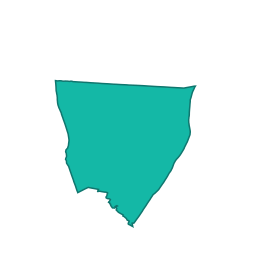 Al-Najaf, An-Najaf, Iraq (Albers equal-area conic projection), rotated 143°
{"feature_id": "34846034B29737598200853", "entity_name": "Al-Najaf", "entity_type": "district", "adm_level": 2, "iso_a3": "IRQ", "parent_name": "Iraq", "parent_adm1": "An-Najaf", "projection": "albers", "projection_center": [43.801, 31.101], "detail": "fine", "context": "isolated", "style": "filled", "palette": "teal", "viewbox_px": 256, "rotation_deg": 143, "n_neighbors": 0, "source": "geoboundaries", "source_scale": "gbopen_adm2", "svg_char_len": 4569}
<svg xmlns="http://www.w3.org/2000/svg" viewBox="0 0 256 256"><g transform="rotate(143 128 128)"><path d="M190.4,95.5L188.7,94.6L187.3,93.0L185.3,90.9L184.5,90.3L184.1,89.8L183.3,88.7L183.5,88.5L183.8,87.9L184.5,87.8L184.8,87.3L185.3,86.8L186.4,86.3L186.9,86.2L187.5,85.5L187.0,84.1L186.0,83.1L185.6,82.8L185.1,81.5L185.7,81.1L186.9,80.7L188.0,80.5L188.3,80.3L187.7,79.3L188.1,78.4L187.8,77.6L188.3,76.9L188.5,75.7L188.5,74.5L188.5,73.5L187.9,73.1L187.1,72.2L186.5,72.1L185.8,72.3L185.6,73.0L185.1,72.8L184.2,72.9L183.6,72.7L183.4,72.1L184.0,72.2L184.5,72.5L185.0,72.3L185.3,71.5L185.5,70.3L185.9,70.0L186.5,69.9L186.8,69.5L186.5,67.8L186.4,66.5L185.8,65.1L185.2,63.7L184.7,62.7L184.2,61.4L184.5,61.2L185.0,60.8L184.9,60.6L184.7,60.2L184.5,59.7L184.3,59.3L184.2,58.6L184.1,58.1L183.9,57.2L183.8,56.9L183.8,56.5L183.9,56.1L184.0,55.5L184.1,54.8L184.0,54.6L183.7,54.3L183.5,53.9L183.3,53.7L183.2,53.2L183.1,52.8L183.2,52.7L183.3,52.7L183.6,52.6L183.9,52.4L184.1,52.4L184.3,52.2L184.6,52.1L185.1,51.8L185.4,51.5L185.5,51.2L185.6,50.9L185.4,50.5L185.2,50.1L184.9,49.6L184.6,48.9L184.3,48.2L183.9,47.3L183.7,46.9L183.5,46.5L183.4,46.8L183.1,47.2L182.8,47.9L182.6,48.3L182.4,48.8L182.2,49.1L182.1,49.3L182.0,49.5L181.8,49.4L181.4,49.1L181.0,48.8L180.8,48.6L180.5,48.5L180.2,48.6L179.8,48.7L178.8,49.0L178.2,49.2L176.0,49.9L172.6,50.9L171.4,51.3L170.8,51.5L170.6,51.6L169.1,52.1L166.5,53.0L165.8,53.3L164.9,53.7L163.7,54.1L162.2,54.6L160.4,55.2L157.8,56.2L155.5,57.0L153.6,57.6L151.9,58.3L149.6,59.1L148.7,59.4L148.2,59.7L147.8,59.7L147.2,59.7L145.8,59.7L144.2,59.9L143.2,60.0L141.8,60.2L140.9,60.3L139.8,60.6L138.8,61.0L137.0,61.6L135.2,62.2L134.1,62.6L132.6,63.0L131.3,63.5L129.3,64.3L127.6,64.9L125.6,65.7L124.5,66.2L124.3,66.3L123.4,66.7L122.3,67.2L120.8,67.6L120.1,67.9L119.4,68.0L118.5,68.6L117.3,69.1L116.1,69.8L114.6,70.8L113.1,71.8L112.2,72.3L111.0,72.8L109.9,73.3L108.9,73.6L107.3,74.0L106.0,74.2L104.3,74.6L102.8,75.0L101.7,75.4L100.6,75.8L98.1,76.8L96.9,77.3L95.5,77.9L94.3,78.7L93.0,79.3L91.6,80.0L90.7,80.5L89.5,81.0L87.8,82.0L85.6,83.4L83.7,84.6L82.6,85.3L82.0,85.9L81.6,86.4L80.9,87.1L80.5,87.6L79.8,88.8L79.2,90.0L78.3,91.8L77.7,93.1L76.7,94.8L76.4,95.5L75.5,96.8L74.8,97.8L74.5,98.2L73.6,99.1L72.8,100.0L71.9,100.8L70.6,102.3L70.1,103.0L68.9,104.4L67.5,106.0L65.6,108.1L64.3,109.6L62.1,112.0L61.5,112.9L60.4,113.7L59.1,114.6L57.1,116.2L55.7,117.3L54.5,118.1L52.0,119.4L50.3,120.4L49.0,120.9L50.0,121.6L52.5,122.8L57.8,125.5L59.3,126.2L59.9,126.7L61.3,127.9L64.4,130.5L66.5,132.3L69.5,134.8L74.1,138.8L77.0,141.2L80.0,143.7L82.0,145.4L87.6,150.2L90.7,152.9L94.9,156.4L101.6,161.9L103.5,163.6L107.5,166.9L111.6,170.4L113.0,171.5L115.5,173.7L117.7,175.6L120.1,177.6L122.0,179.2L124.9,181.8L127.4,183.9L128.2,184.6L130.0,186.1L131.8,187.7L133.5,189.2L135.7,191.0L137.3,192.4L138.7,193.6L140.5,195.1L142.8,197.1L144.0,198.1L144.3,198.6L144.6,199.0L145.1,199.5L145.6,199.9L146.0,200.0L146.6,200.4L146.9,200.6L147.5,201.2L148.0,201.7L148.8,202.3L149.3,202.8L150.0,203.3L150.8,203.8L151.3,204.2L151.7,204.4L152.1,204.9L152.7,205.6L153.2,206.1L153.7,206.5L154.3,207.0L155.0,207.4L155.6,207.8L156.1,208.1L156.3,208.3L156.8,208.9L157.4,209.5L157.6,209.2L158.1,208.4L158.5,207.7L158.8,207.2L159.1,206.7L159.7,205.8L160.4,204.7L161.0,203.8L161.7,202.8L162.6,201.5L163.0,200.9L163.2,200.5L163.4,200.0L163.8,199.2L164.2,198.5L164.7,197.4L165.2,196.4L165.8,195.5L166.0,195.1L166.3,194.6L166.8,194.0L167.6,192.9L168.1,192.0L168.7,191.1L169.3,190.1L169.7,189.2L170.0,188.7L170.1,188.3L170.3,187.9L170.5,187.1L170.8,186.3L171.0,185.7L171.3,184.2L171.8,182.2L172.1,180.8L172.3,179.9L172.7,179.4L172.8,179.1L172.9,178.6L173.3,177.5L173.8,175.8L174.5,173.7L175.1,171.7L175.7,169.8L176.6,167.1L178.5,161.8L179.3,159.5L179.7,158.7L180.2,157.8L180.9,156.5L181.2,155.9L182.0,154.5L182.6,153.4L182.9,153.3L183.2,152.9L183.6,152.5L184.3,151.8L185.1,151.0L185.7,150.3L186.2,149.8L186.6,149.5L187.1,149.2L187.8,148.7L188.3,148.3L188.5,148.3L188.9,148.2L189.8,148.0L190.4,147.8L190.8,147.8L191.1,147.4L191.7,146.9L192.0,146.7L192.1,146.4L192.4,145.7L192.4,145.1L192.7,144.7L193.6,143.1L194.0,142.5L194.2,142.3L194.9,141.7L195.1,141.6L195.9,141.3L196.1,141.1L196.8,140.4L196.8,139.1L198.2,136.9L198.4,134.9L198.5,133.1L198.6,132.8L199.9,128.9L200.5,127.0L201.3,124.6L202.1,122.0L202.9,119.4L203.5,117.9L204.8,113.4L206.3,109.1L206.7,107.5L207.0,106.6L206.2,106.5L205.4,106.3L204.6,106.2L202.4,105.8L199.3,105.3L196.5,104.7L195.5,104.5L195.0,103.9L194.3,103.1L193.3,102.0L190.0,98.4L188.5,96.7L189.3,96.3L190.4,95.6L190.4,95.5Z" fill="#14b8a6" stroke="#0f766e" stroke-width="1.5"/></g></svg>